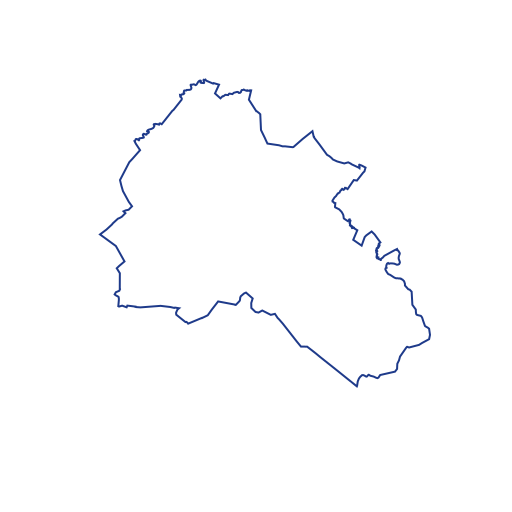 Vārkavas pag., Varkavas, Latvia, rotated 323°
{"feature_id": "27541924B75786186829450", "entity_name": "Vārkavas pag.", "entity_type": "district", "adm_level": 2, "iso_a3": "LVA", "parent_name": "Latvia", "parent_adm1": "Varkavas", "projection": "albers", "projection_center": [26.639, 56.228], "detail": "fine", "context": "isolated", "style": "outline", "palette": "blue", "viewbox_px": 512, "rotation_deg": 323, "n_neighbors": 0, "source": "geoboundaries", "source_scale": "gbopen_adm2", "svg_char_len": 6046}
<svg xmlns="http://www.w3.org/2000/svg" viewBox="0 0 512 512"><g transform="rotate(323 256 256)"><path d="M258.1,420.8L258.6,420.5L261.8,417.4L263.3,416.5L264.5,415.8L266.6,415.2L269.1,415.0L270.1,415.8L270.7,416.9L271.3,418.4L271.6,418.8L272.2,419.0L273.9,418.6L274.6,418.7L275.3,420.5L277.4,423.1L278.7,425.6L279.6,426.7L280.7,426.8L283.5,425.8L283.8,425.9L297.4,432.0L300.7,431.1L304.0,427.1L307.4,425.4L310.5,423.0L320.5,419.7L321.9,419.4L322.1,419.5L323.2,421.2L332.7,425.1L336.3,425.4L344.2,426.6L347.5,423.7L350.5,418.2L350.1,416.7L348.9,413.9L348.9,413.4L350.4,408.6L351.5,405.5L351.7,404.1L351.6,403.0L349.4,400.3L349.0,399.6L349.0,398.8L349.9,397.1L351.4,394.9L351.5,389.1L358.8,378.2L358.5,375.4L357.6,374.2L357.2,369.2L358.2,367.9L359.1,365.3L358.9,364.0L358.8,362.9L358.3,362.3L358.2,361.5L357.6,361.0L357.5,360.5L356.5,359.9L355.8,359.1L354.7,358.3L354.1,357.6L353.4,356.3L351.8,351.8L350.8,350.1L350.7,349.6L350.8,347.2L351.1,345.1L351.4,344.3L351.7,344.1L352.1,343.8L353.2,344.0L353.3,343.2L354.2,342.2L355.1,341.5L356.1,341.0L357.3,341.1L357.6,342.3L358.5,342.5L360.0,343.6L361.8,345.3L363.3,347.8L364.4,348.4L365.5,348.6L366.9,347.9L367.4,347.0L368.2,344.2L369.0,343.1L370.2,342.0L372.2,340.7L372.6,339.9L372.8,337.3L372.7,336.6L372.3,336.4L372.2,336.0L372.0,335.9L372.0,335.6L372.5,335.4L372.7,335.5L372.8,335.3L369.7,334.7L358.6,333.1L356.1,333.6L354.9,333.5L353.8,333.9L353.5,333.8L353.4,333.9L353.5,334.1L353.3,334.3L353.1,334.2L353.0,333.9L353.2,333.2L352.3,332.5L351.8,331.3L352.5,331.3L352.9,330.8L352.5,330.4L352.3,330.0L352.1,329.9L351.8,330.2L351.7,330.5L351.4,330.5L351.4,329.8L351.7,329.2L352.0,329.1L352.4,329.3L352.7,329.0L352.9,328.0L353.9,327.7L354.2,327.0L354.0,326.7L354.2,326.3L354.1,326.1L354.2,325.6L355.8,325.1L355.8,324.5L355.5,324.6L355.0,324.5L354.9,324.4L355.0,324.0L355.3,323.8L355.8,324.1L356.1,323.4L356.4,323.5L356.7,322.7L357.2,322.4L357.6,322.4L358.0,322.7L358.4,323.0L358.9,322.4L359.4,322.6L359.5,322.5L359.3,322.2L359.4,321.9L359.9,322.2L360.0,322.0L360.0,321.5L360.3,321.3L360.9,322.0L361.1,321.9L361.4,321.2L360.9,321.1L360.8,320.8L360.9,320.5L361.6,320.0L363.5,320.0L363.7,310.2L363.1,306.0L356.5,305.9L354.2,306.3L346.6,311.3L343.4,301.6L352.4,296.4L351.1,293.1L351.1,292.6L351.3,292.4L351.1,292.1L351.0,291.7L350.8,291.7L350.8,291.9L350.1,291.9L349.5,291.5L349.7,290.7L350.5,290.4L350.6,290.1L350.3,289.0L349.7,288.9L349.7,288.5L349.4,288.1L350.5,286.9L350.4,286.4L350.8,286.0L350.9,285.5L351.3,285.4L351.5,285.6L352.8,284.5L352.8,284.3L352.5,283.7L352.8,283.1L352.4,282.9L351.0,283.5L350.3,283.4L348.8,279.1L348.8,278.7L350.3,276.0L350.7,274.2L350.9,272.2L350.5,268.8L348.5,264.7L348.7,264.2L351.2,261.5L350.3,260.5L350.4,259.6L349.9,258.6L350.4,257.8L353.9,256.5L356.0,256.3L358.1,255.5L359.1,255.5L359.2,255.3L360.9,255.6L362.8,254.6L364.0,254.8L364.4,254.3L365.3,254.2L365.5,254.5L365.9,255.9L367.3,255.7L368.1,255.1L368.8,255.7L368.7,256.2L369.0,256.6L369.4,257.7L379.8,254.2L382.0,256.5L391.7,253.9L393.5,253.7L396.7,251.3L394.7,247.1L393.5,245.3L393.1,245.4L393.0,246.0L392.4,246.6L392.2,247.0L392.2,247.5L391.5,248.2L391.3,247.4L387.4,240.0L387.4,239.5L386.0,236.7L382.2,235.2L377.7,229.3L375.5,225.2L375.3,223.1L374.7,220.5L373.6,217.9L373.8,205.3L373.7,197.3L373.8,196.1L374.1,195.7L373.9,195.4L376.2,190.3L363.8,190.6L351.5,191.5L350.8,191.2L345.3,186.0L343.2,184.4L342.2,183.0L341.0,181.4L332.8,173.1L333.7,168.8L334.0,167.6L335.8,158.4L344.7,145.4L344.5,143.8L343.5,140.1L343.4,140.1L344.4,126.9L351.8,120.8L350.9,120.0L350.2,120.2L349.9,120.0L348.9,118.6L348.6,118.9L348.2,118.7L347.1,117.2L346.4,115.7L345.6,115.6L344.4,114.9L343.2,115.5L342.8,115.9L341.6,116.1L340.6,115.6L340.4,115.3L340.6,115.0L340.5,114.6L340.1,114.0L339.7,113.6L336.5,112.3L334.6,112.5L332.6,110.4L332.1,110.2L330.6,110.7L328.5,108.8L326.2,108.8L325.9,108.7L325.7,108.4L325.3,108.3L322.5,108.7L321.1,101.5L329.6,96.9L326.2,92.4L325.5,92.5L321.7,85.9L321.8,84.7L320.8,84.5L320.4,83.8L319.9,83.9L319.0,86.2L318.6,86.5L318.4,86.5L316.6,84.9L316.1,84.2L316.1,83.9L316.2,83.7L316.9,83.6L317.3,83.2L317.3,82.6L316.8,82.2L316.0,82.0L314.8,82.1L311.7,83.3L311.0,83.3L310.6,83.2L310.0,81.9L309.6,81.4L308.0,80.7L307.2,80.0L306.8,80.0L306.5,80.4L305.6,82.9L304.8,83.5L304.0,83.7L302.9,83.3L300.6,81.7L299.8,81.8L298.7,80.9L298.1,80.7L296.3,82.2L296.6,82.9L296.2,83.1L295.0,83.0L293.9,82.2L293.3,82.1L292.7,82.6L292.2,81.8L291.4,83.2L291.7,84.4L291.6,85.1L291.4,85.8L290.6,86.4L278.0,89.7L276.6,89.7L260.0,94.0L259.2,92.3L258.5,92.1L257.6,92.7L256.7,91.5L255.1,89.9L253.7,89.3L253.3,89.6L253.3,90.8L253.1,91.0L251.7,91.7L250.9,91.9L249.1,91.6L246.5,90.6L245.4,90.4L244.6,90.5L244.2,90.8L244.9,91.7L245.1,92.5L244.6,92.9L243.3,92.9L242.3,92.5L241.6,93.1L241.2,93.0L240.0,90.9L239.2,90.8L238.7,91.0L238.3,91.5L238.0,93.3L237.7,93.8L236.8,93.6L233.8,91.9L233.3,92.0L232.5,93.0L232.1,93.1L231.9,92.7L231.7,91.6L231.4,91.1L230.7,90.4L230.1,90.4L228.7,91.3L228.1,91.1L227.6,93.9L227.1,101.7L215.4,104.1L211.3,104.8L193.1,113.5L190.8,118.8L188.8,124.1L187.0,136.2L186.9,141.7L182.1,142.4L179.3,141.1L177.1,140.6L177.5,143.2L172.4,143.9L170.1,143.6L168.2,143.1L160.9,143.8L160.4,144.1L152.5,144.9L144.4,144.9L150.1,163.7L147.7,181.2L140.7,181.6L137.4,182.0L136.9,187.8L127.4,200.3L127.6,200.3L127.5,200.6L125.9,201.5L122.3,200.6L120.0,201.6L120.3,202.9L121.5,205.5L121.6,205.9L121.5,206.2L120.9,207.4L120.0,208.6L115.3,213.8L115.5,213.7L119.2,215.1L121.8,219.1L123.4,218.2L129.3,223.9L129.1,224.1L129.7,224.8L132.8,227.5L149.8,238.4L156.8,245.1L159.5,248.3L160.2,248.4L163.1,251.4L161.1,251.5L158.3,253.0L157.8,253.5L157.0,254.9L159.9,266.3L160.8,266.8L161.1,268.1L161.1,269.2L175.6,272.9L175.6,273.1L181.8,274.3L188.5,272.2L198.4,269.5L210.0,282.2L210.0,282.6L210.5,282.9L215.6,282.1L216.6,281.6L218.4,279.7L219.6,279.0L223.9,278.7L226.0,279.2L227.8,287.9L223.9,290.7L221.0,294.7L221.9,300.4L224.0,302.7L228.2,303.3L232.4,311.9L236.3,313.6L236.0,318.5L236.3,320.5L236.7,326.3L237.1,348.7L237.4,355.4L242.3,359.2L245.2,370.0L246.4,375.1L252.1,397.1L258.1,420.8Z" fill="none" stroke="#1e3a8a" stroke-width="2"/></g></svg>